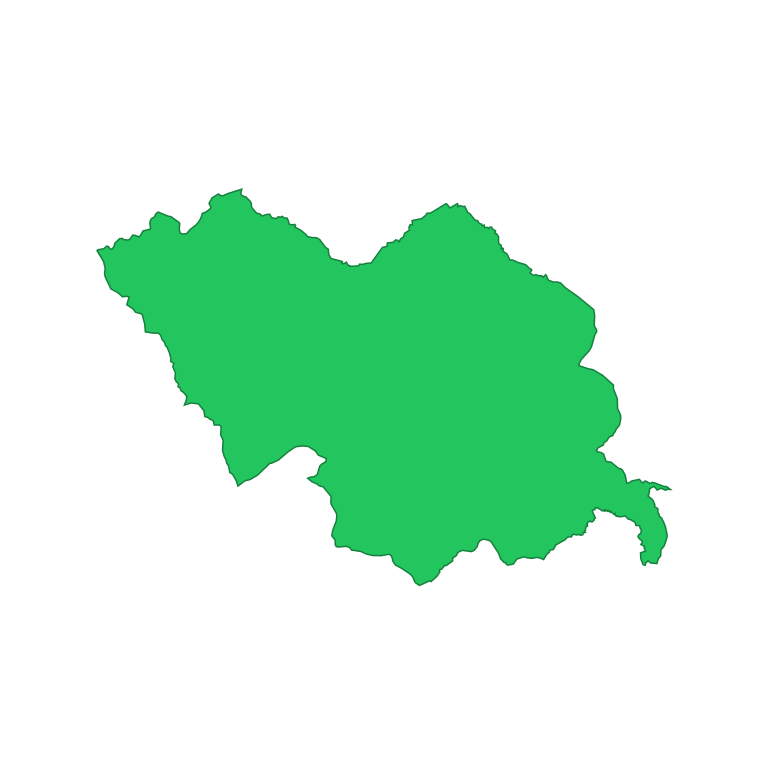 the district of Carmen De Carupa, Cundinamarca, Colombia, rotated 101°
{"feature_id": "7082276B22824140960773", "entity_name": "Carmen De Carupa", "entity_type": "district", "adm_level": 2, "iso_a3": "COL", "parent_name": "Colombia", "parent_adm1": "Cundinamarca", "projection": "orthographic", "projection_center": [-73.909, 5.336], "detail": "fine", "context": "isolated", "style": "filled", "palette": "green", "viewbox_px": 768, "rotation_deg": 101, "n_neighbors": 0, "source": "geoboundaries", "source_scale": "gbopen_adm2", "svg_char_len": 6134}
<svg xmlns="http://www.w3.org/2000/svg" viewBox="0 0 768 768"><g transform="rotate(101 384 384)"><path d="M211.4,311.1L210.5,312.1L211.3,315.1L208.9,315.9L210.0,317.5L208.5,318.6L208.3,320.7L207.4,322.0L205.9,323.1L205.7,326.0L200.5,332.1L199.6,334.6L194.1,338.7L194.8,340.2L194.3,343.1L195.9,345.4L193.3,345.8L193.0,346.5L198.6,352.9L195.3,356.7L195.3,357.7L207.2,370.8L208.2,374.5L210.4,375.2L214.4,378.5L218.2,387.6L221.7,386.6L222.5,386.9L222.4,388.3L223.2,389.0L225.6,389.4L228.1,388.4L232.1,392.5L236.0,393.0L238.5,395.5L241.5,396.3L240.2,398.4L240.4,400.1L243.3,402.3L244.7,407.3L245.9,407.7L247.7,407.2L248.8,408.1L250.2,411.6L267.6,419.6L269.1,424.9L270.5,427.4L271.1,431.0L272.8,431.3L275.0,439.6L274.4,440.0L274.2,442.2L271.6,444.1L273.4,446.1L274.0,448.0L273.7,448.6L272.9,448.0L271.7,448.2L270.9,460.0L267.3,463.0L262.3,464.4L260.9,467.7L254.5,474.6L253.3,478.1L254.0,483.0L253.9,487.2L252.0,489.4L248.9,495.1L247.0,501.4L245.1,501.2L244.4,502.0L245.3,504.7L245.1,507.7L242.0,509.0L239.6,510.9L240.1,513.7L238.8,515.8L240.0,517.3L240.0,519.7L242.1,521.2L242.3,525.1L241.9,526.3L239.2,528.5L239.8,531.2L242.4,535.9L240.8,538.0L240.5,541.8L235.9,547.6L231.9,548.8L230.3,550.1L226.6,555.4L226.6,557.9L225.5,560.3L224.2,560.9L219.9,560.8L226.7,573.3L230.0,578.1L230.3,579.8L229.1,582.8L234.0,588.2L239.4,590.1L240.7,589.9L243.2,587.8L244.8,587.8L249.3,591.7L251.0,594.8L255.9,595.4L260.4,596.9L264.0,599.1L269.4,603.8L274.1,606.5L275.3,610.5L274.6,612.9L271.5,614.5L265.4,615.1L264.4,616.2L260.4,625.0L260.4,628.2L258.3,638.6L260.8,640.6L263.7,641.1L265.8,643.6L267.9,644.5L270.9,644.5L275.3,643.0L276.7,643.2L279.6,649.6L285.9,652.0L286.3,653.1L285.6,656.2L285.8,659.1L290.5,661.2L291.5,662.7L292.0,666.5L291.0,668.9L291.8,671.3L297.0,675.0L300.6,675.3L303.2,676.6L303.9,678.3L301.6,680.8L301.6,682.5L304.7,684.9L306.8,690.4L307.9,691.1L317.2,682.7L323.6,679.8L328.9,679.4L332.0,678.1L342.8,670.2L345.1,662.7L348.3,657.3L347.0,653.4L347.2,650.8L355.3,651.6L358.0,645.0L361.0,641.5L361.3,636.3L362.1,634.5L370.9,630.3L378.4,628.2L378.1,620.4L377.1,615.2L378.7,612.7L383.1,610.0L384.7,607.6L387.9,605.8L389.4,603.9L394.1,600.7L399.8,598.0L402.5,597.8L403.7,594.4L407.5,594.6L412.7,590.9L418.8,590.3L421.1,588.6L423.0,585.9L426.2,585.5L426.6,583.6L429.3,582.0L430.3,579.6L433.5,575.4L437.1,574.9L442.8,575.9L439.4,569.7L438.9,562.3L444.7,555.6L450.1,553.7L450.6,550.0L452.0,548.0L452.0,545.6L453.6,544.1L456.7,542.8L455.7,537.6L456.4,536.3L458.3,535.5L465.1,534.6L470.1,531.1L479.7,529.9L485.5,527.1L488.8,524.5L491.6,523.4L494.0,521.0L500.5,518.4L500.8,516.6L502.2,514.8L507.5,510.3L512.1,507.9L505.4,501.9L503.5,497.4L497.8,490.9L483.5,480.8L483.2,479.2L478.6,472.9L469.5,465.8L463.1,459.5L462.1,457.8L460.3,451.9L459.8,446.4L462.7,438.8L466.4,434.7L468.1,426.5L471.2,426.2L474.6,429.9L476.9,431.4L485.6,432.2L488.4,435.0L489.3,438.2L491.1,440.9L493.7,436.2L494.9,430.8L496.2,428.6L496.6,424.0L504.6,414.4L510.4,413.6L512.2,412.8L520.1,406.0L522.6,405.1L527.8,404.7L536.3,406.3L541.9,406.4L543.0,406.2L546.5,402.2L551.1,401.2L552.7,399.8L552.8,397.9L550.6,390.2L551.0,386.5L553.2,384.2L552.8,375.0L554.3,368.5L554.5,362.0L553.0,353.9L550.2,346.7L550.7,344.8L553.1,342.8L556.2,341.5L559.5,338.3L561.8,330.9L565.8,321.7L568.2,318.6L572.0,316.3L573.3,314.7L575.0,310.8L568.5,301.6L569.1,300.2L562.6,295.3L558.0,293.4L555.8,294.1L554.7,292.0L550.4,289.7L550.3,288.2L544.5,282.8L542.1,283.5L538.6,280.2L535.2,279.3L532.4,275.5L531.8,266.0L529.9,263.6L525.9,261.5L522.3,261.2L519.3,259.8L517.2,256.5L517.5,251.1L518.3,248.9L528.7,238.9L533.4,236.2L536.3,232.1L536.2,230.4L537.3,229.9L538.2,228.1L536.2,222.8L530.4,220.1L526.9,213.5L527.3,209.7L526.8,205.0L525.3,201.5L524.9,198.7L525.9,193.8L520.2,191.7L517.7,189.7L515.4,189.4L514.1,186.1L509.2,184.6L502.1,176.2L499.9,175.2L498.7,173.3L498.3,170.8L495.4,169.8L495.4,165.8L494.5,164.0L495.0,162.3L494.1,160.1L492.2,159.9L491.2,158.0L490.3,159.3L489.1,158.3L486.2,158.7L484.6,157.2L483.4,157.4L483.5,158.2L481.2,157.6L479.3,155.9L479.8,154.3L479.4,153.0L477.2,151.7L476.1,152.0L475.3,150.9L469.0,155.3L467.7,154.9L467.2,153.1L465.1,152.9L465.0,149.8L466.7,145.9L466.0,143.7L466.2,143.2L466.6,143.6L466.5,142.6L465.1,142.5L466.3,140.5L465.6,140.0L466.3,139.7L466.0,138.1L466.5,137.7L465.7,137.6L468.1,133.3L467.0,132.5L468.8,131.8L469.5,130.6L468.9,130.1L469.5,128.7L468.8,125.2L467.5,121.9L470.0,118.6L470.2,115.8L471.9,111.1L474.9,109.7L474.3,107.4L474.8,105.9L477.2,104.7L477.7,103.7L479.0,103.5L481.8,103.5L483.5,105.3L485.6,105.5L487.8,102.9L488.8,100.6L490.0,100.2L492.6,101.2L493.6,97.3L495.4,97.4L498.0,95.3L500.8,100.0L506.7,98.5L511.9,95.2L512.1,93.0L509.6,92.8L507.2,91.0L508.8,88.2L508.2,81.8L503.4,81.4L499.9,79.6L494.0,80.5L489.5,78.1L486.4,77.6L479.9,76.9L477.8,77.4L470.2,80.6L465.9,83.4L462.6,86.0L461.3,88.4L459.3,89.1L457.9,90.6L454.1,91.4L452.7,95.2L450.8,95.1L447.7,97.1L446.0,98.7L443.6,103.5L441.9,102.9L436.0,103.2L432.9,99.3L436.0,95.6L433.5,92.3L434.5,87.3L433.3,85.8L432.9,82.8L430.8,87.0L431.2,89.5L429.5,98.9L429.4,102.0L430.5,102.8L430.8,104.1L429.3,108.6L429.9,109.9L431.5,110.4L431.6,111.0L431.1,112.6L428.9,115.1L431.8,122.1L434.4,124.8L434.9,126.8L427.2,130.0L422.8,133.8L422.0,135.5L422.2,137.3L417.4,146.3L417.6,151.2L410.9,155.1L409.8,157.9L409.9,160.9L408.9,162.8L405.8,161.7L402.0,157.0L399.9,157.0L397.1,154.4L393.2,153.0L390.8,149.4L389.3,149.5L387.0,148.1L384.7,147.7L379.4,145.0L372.6,145.0L369.1,146.0L363.6,150.0L353.8,152.2L344.8,158.0L341.3,158.5L334.0,170.7L330.1,181.5L330.0,186.9L328.8,196.1L326.3,196.2L322.0,194.9L312.4,189.0L307.7,187.4L295.1,186.4L292.4,185.2L290.0,185.8L287.6,188.1L285.8,188.9L276.4,190.3L271.0,192.3L261.5,209.8L254.8,224.6L251.1,230.0L250.8,233.4L251.6,236.8L250.9,241.7L249.3,243.7L246.6,245.1L245.9,246.2L248.8,248.1L247.7,249.7L248.2,253.6L247.6,255.6L248.9,257.9L247.1,261.9L244.0,260.7L243.3,261.0L243.0,262.9L239.8,267.8L239.1,275.7L237.8,281.2L238.2,284.1L233.0,287.9L230.9,292.5L228.3,292.8L227.9,293.4L229.0,294.7L225.6,295.3L224.1,298.3L217.5,299.7L215.0,302.1L214.9,304.0L212.4,303.7L211.4,306.5L209.5,308.3L209.8,310.1L211.4,311.1Z" fill="#22c55e" stroke="#15803d" stroke-width="1.5"/></g></svg>